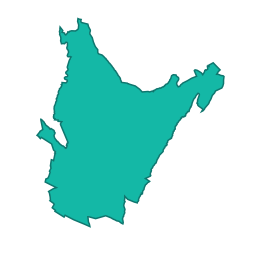 outline of Acatzingo, Puebla, Mexico, rotated 7°
{"feature_id": "50627088B6514747486487", "entity_name": "Acatzingo", "entity_type": "district", "adm_level": 2, "iso_a3": "MEX", "parent_name": "Mexico", "parent_adm1": "Puebla", "projection": "albers", "projection_center": [-97.761, 19.03], "detail": "fine", "context": "isolated", "style": "filled", "palette": "teal", "viewbox_px": 256, "rotation_deg": 7, "n_neighbors": 0, "source": "geoboundaries", "source_scale": "gbopen_adm2", "svg_char_len": 5701}
<svg xmlns="http://www.w3.org/2000/svg" viewBox="0 0 256 256"><g transform="rotate(7 128 128)"><path d="M212.3,59.1L204.6,52.9L200.7,55.7L200.7,56.0L200.0,56.2L200.7,57.1L199.3,57.2L200.0,59.7L198.7,61.0L197.9,60.8L197.2,61.5L197.2,62.3L196.7,64.0L196.3,64.6L195.7,66.0L194.2,64.4L192.0,63.3L189.6,62.3L187.8,62.1L187.1,62.4L186.8,63.0L189.8,68.3L185.0,70.9L181.3,73.8L176.8,76.8L176.5,77.3L175.1,78.7L174.3,80.4L173.9,80.4L172.8,81.0L171.3,79.2L170.9,78.3L170.9,76.9L172.3,74.0L172.4,73.1L171.9,71.7L171.5,71.6L169.8,70.6L169.2,69.5L166.4,69.6L164.9,70.8L164.4,73.9L163.6,75.2L163.5,76.3L162.6,77.7L162.2,78.8L161.4,79.5L160.4,79.9L159.6,81.1L159.2,81.3L159.2,81.8L158.5,82.3L158.1,82.9L157.1,83.1L156.5,83.8L155.8,84.1L155.6,84.5L154.4,84.5L153.9,85.0L151.7,85.7L150.1,87.1L149.6,87.2L149.3,87.8L148.8,87.8L148.8,88.7L148.6,88.9L147.6,88.4L145.0,89.6L143.5,89.3L137.7,90.5L134.7,88.0L130.1,85.4L123.8,84.3L123.2,84.0L122.3,84.0L121.9,83.6L116.0,83.5L115.3,81.9L114.6,80.9L114.5,80.2L114.2,79.5L113.0,78.1L111.4,76.7L111.3,76.0L110.5,75.3L109.7,74.0L108.8,73.4L108.6,72.7L107.4,72.1L106.6,70.7L105.1,69.3L104.4,68.4L102.0,66.1L101.6,66.0L99.4,63.6L98.4,62.9L97.8,62.3L97.7,61.8L96.5,61.2L95.2,60.0L93.3,58.7L90.6,58.2L89.7,57.9L89.3,57.5L88.8,56.8L88.4,53.9L86.1,51.7L85.2,50.5L83.2,46.9L81.5,42.7L78.7,39.4L78.5,37.9L78.8,36.2L78.6,35.3L76.5,32.3L75.5,29.8L69.2,29.0L68.3,28.3L68.1,27.5L68.3,26.0L66.2,25.9L65.0,25.5L65.0,28.3L66.5,31.8L66.6,35.6L65.2,37.2L64.0,38.1L60.1,38.4L58.0,39.3L57.7,40.1L56.6,39.9L56.4,41.1L54.9,43.2L54.0,42.8L53.4,41.5L50.9,41.0L51.4,39.2L48.3,36.1L48.3,37.7L48.5,38.6L48.2,40.7L48.8,42.3L48.7,43.4L50.1,45.8L50.5,47.6L50.5,49.7L51.7,52.5L53.3,52.1L54.8,52.1L55.8,50.5L56.8,50.4L57.5,50.9L57.9,53.9L57.5,55.5L57.7,56.5L58.1,57.2L59.1,58.1L59.8,60.0L58.9,63.4L59.0,63.8L59.6,64.5L60.0,64.6L61.9,64.1L62.9,64.4L62.2,65.6L62.2,66.5L61.8,67.1L61.4,68.5L60.3,74.8L60.4,75.5L61.3,76.9L61.3,77.7L61.0,78.3L59.7,79.9L59.5,80.7L59.9,81.6L61.3,82.4L61.6,82.8L61.7,83.6L61.6,84.1L61.1,84.6L59.8,84.8L59.3,85.2L58.8,85.9L59.0,86.7L59.4,87.2L61.8,87.9L62.0,88.4L62.1,89.1L60.9,90.8L57.0,90.9L57.2,92.3L56.5,93.1L57.1,93.5L56.8,95.1L56.6,95.2L56.4,96.1L55.2,97.4L55.3,98.3L54.7,99.6L54.5,100.4L54.5,101.2L54.9,102.6L54.8,103.0L54.0,104.1L54.1,105.7L53.7,106.7L53.8,107.4L53.3,107.7L53.8,109.6L53.7,110.2L53.2,110.9L53.0,113.1L52.2,115.5L52.3,118.2L52.7,119.0L52.8,120.1L53.1,120.6L52.9,121.3L53.5,122.8L52.6,124.1L52.9,125.3L52.6,126.1L53.0,126.4L53.0,127.1L53.2,127.4L54.4,127.7L54.1,128.8L57.8,128.7L57.8,129.9L61.5,129.8L60.6,131.5L60.5,132.1L60.6,132.8L70.2,149.6L70.0,150.7L69.5,150.6L69.0,152.7L69.8,153.1L69.2,155.3L68.1,155.0L68.9,156.1L66.5,154.1L66.0,153.8L64.9,153.7L62.2,152.1L59.7,149.8L58.9,149.7L58.6,149.1L56.4,146.9L56.1,146.0L55.6,145.1L55.5,144.4L56.2,141.9L56.1,141.5L55.4,141.1L55.3,140.1L54.6,139.3L51.6,137.9L51.2,138.6L50.8,138.6L50.3,138.3L49.5,137.2L45.8,134.9L45.3,134.0L44.4,133.2L44.3,132.7L43.1,131.6L42.4,131.3L41.8,130.6L40.5,129.9L40.4,130.3L43.6,139.9L41.2,141.9L41.3,142.0L38.6,146.4L40.6,147.4L40.4,147.5L42.3,149.2L43.2,147.9L54.1,153.1L56.8,158.9L58.9,160.5L58.3,161.8L59.0,162.1L58.6,163.3L58.1,169.5L56.8,169.0L55.8,168.8L55.6,175.1L56.0,175.2L56.1,176.4L56.5,177.2L55.5,180.1L55.3,180.4L56.1,181.3L55.4,185.2L54.7,187.3L54.2,187.8L52.7,188.6L52.4,191.7L64.2,195.9L61.3,197.3L56.9,200.7L57.8,201.8L59.2,206.1L59.8,209.3L59.4,209.7L63.3,211.9L64.0,212.7L62.5,216.4L66.0,218.6L65.6,219.6L75.4,224.2L76.2,222.3L85.4,225.7L96.6,228.8L102.2,230.5L101.4,228.1L100.2,226.1L99.0,221.0L100.2,220.9L106.9,221.9L116.6,217.8L122.0,219.2L124.7,220.4L125.8,220.6L128.0,221.5L130.4,221.7L132.7,223.1L134.6,223.8L134.8,222.6L134.0,219.8L133.6,219.1L134.0,216.6L134.4,216.2L134.4,214.6L134.9,213.5L135.1,212.4L134.7,211.3L134.9,209.1L133.4,206.1L133.2,205.0L133.6,202.0L134.1,201.6L133.2,200.3L133.4,199.3L133.1,196.1L136.3,198.8L143.2,200.7L146.3,201.2L146.4,200.2L146.9,199.7L147.4,198.7L147.2,198.1L147.2,197.4L147.7,195.3L148.6,193.6L148.6,192.4L149.5,192.1L149.8,191.7L149.6,191.2L150.3,191.4L150.3,189.1L150.5,188.3L151.3,187.2L151.4,185.3L152.3,182.2L153.0,181.6L154.4,179.6L155.3,179.1L156.0,178.3L151.4,176.0L156.1,173.0L156.0,172.4L156.3,172.1L155.8,171.5L155.7,171.0L155.8,169.8L156.3,168.4L156.1,168.2L156.4,167.2L156.0,166.4L156.4,165.5L157.2,164.5L157.5,162.9L158.6,161.5L158.9,160.7L159.3,160.0L160.1,159.3L160.8,155.7L161.4,154.7L161.5,154.1L162.3,152.5L162.3,152.0L162.7,151.0L165.7,147.1L165.6,145.5L166.5,143.4L166.9,143.1L167.1,141.7L167.7,140.8L168.2,140.9L168.6,140.3L168.8,139.8L168.5,139.0L168.2,138.8L168.2,138.5L169.0,137.5L169.0,136.2L169.2,135.5L170.9,133.9L171.6,133.7L171.9,132.8L172.4,132.8L172.7,130.9L173.1,130.3L173.2,129.6L172.8,128.9L173.4,127.6L173.3,126.4L173.5,125.8L174.0,125.6L174.3,123.9L174.9,123.5L175.0,123.1L174.7,122.1L174.7,121.0L174.8,120.5L175.4,120.0L175.7,119.1L176.2,118.6L176.1,117.3L176.9,116.6L178.0,114.3L178.7,113.7L179.3,112.4L179.7,111.9L179.4,111.7L180.2,111.1L180.4,110.3L181.0,110.1L182.0,110.3L182.7,109.3L183.2,109.4L183.6,109.0L183.8,106.7L184.3,106.4L185.3,104.4L186.3,104.4L186.6,104.0L186.7,102.4L187.6,99.7L187.9,99.5L187.7,99.1L188.0,98.9L188.4,97.7L188.6,95.5L189.4,92.2L189.6,92.0L189.9,90.9L190.9,89.7L191.6,87.5L193.3,85.0L194.4,85.4L194.7,85.9L194.8,86.5L193.6,91.9L193.8,92.2L193.8,93.2L193.4,95.0L193.6,95.2L194.2,95.3L194.1,95.7L194.5,96.8L195.2,97.5L200.1,100.2L199.1,102.6L200.4,101.7L200.9,101.0L201.7,99.7L201.8,99.0L205.1,94.0L205.8,91.3L206.4,90.2L206.9,88.7L207.7,85.4L209.7,82.6L210.3,80.6L216.2,76.9L217.0,74.9L217.4,72.2L217.0,68.7L217.0,65.2L216.1,64.6L213.8,64.5L211.0,63.7L209.5,63.9L210.7,61.1L212.3,59.1Z" fill="#14b8a6" stroke="#0f766e" stroke-width="1.5"/></g></svg>